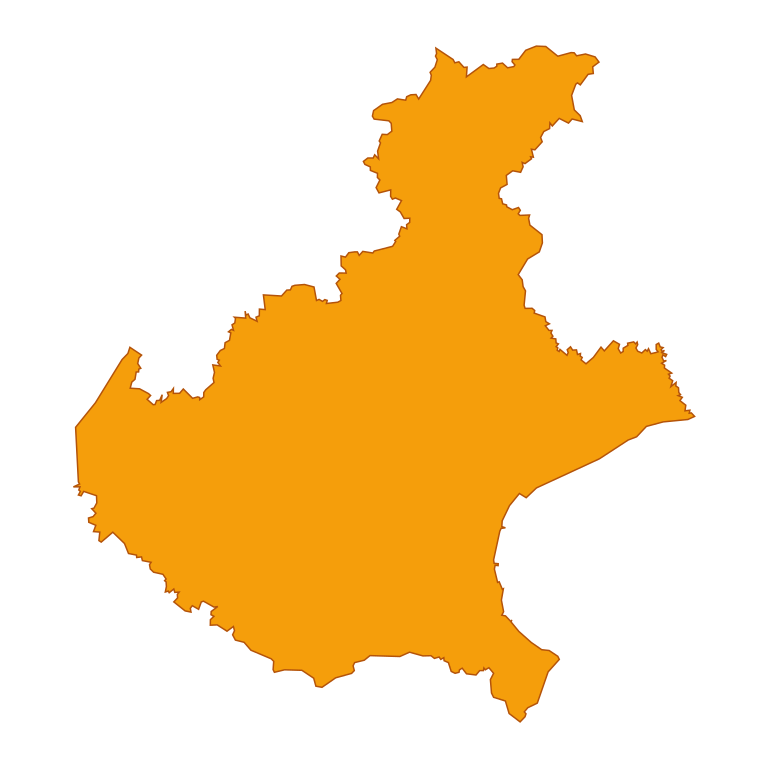 outline of Veneto, Treviso, Italy
{"feature_id": "23120603B96721879872173", "entity_name": "Veneto", "entity_type": "district", "adm_level": 2, "iso_a3": "ITA", "parent_name": "Italy", "parent_adm1": "Treviso", "projection": "orthographic", "projection_center": [12.018, 45.736], "detail": "fine", "context": "isolated", "style": "filled", "palette": "amber", "viewbox_px": 768, "rotation_deg": 0, "n_neighbors": 0, "source": "geoboundaries", "source_scale": "gbopen_adm2", "svg_char_len": 6061}
<svg xmlns="http://www.w3.org/2000/svg" viewBox="0 0 768 768"><path d="M273.7,661.3L273.1,669.6L274.4,672.3L284.6,669.8L301.9,670.3L313.7,678.2L315.9,686.2L322.0,687.3L335.7,677.8L351.6,673.4L354.3,670.6L353.1,665.8L354.6,662.6L364.3,660.2L370.0,655.6L399.9,656.5L409.5,652.2L422.9,655.9L431.0,655.7L434.4,658.4L439.1,657.0L440.8,659.4L443.8,657.7L444.1,660.7L448.4,662.6L451.2,671.4L455.1,673.3L459.0,672.3L459.5,669.8L462.2,668.2L466.5,673.8L476.0,675.0L479.7,670.6L483.4,670.6L483.9,668.0L485.3,669.8L488.9,667.7L493.6,673.3L490.4,679.6L491.5,693.0L493.6,697.3L505.4,701.0L509.1,713.5L520.1,721.9L525.0,716.8L526.0,713.8L524.3,711.9L527.8,707.7L537.3,703.1L548.1,671.9L559.3,659.4L557.8,656.3L549.1,650.5L541.7,649.7L531.3,642.5L518.9,631.5L511.1,622.0L511.8,619.8L511.1,621.8L505.5,615.9L501.8,615.2L503.6,611.7L501.4,600.1L503.4,588.7L502.3,589.2L499.2,581.8L497.6,582.4L494.4,569.1L495.1,565.3L498.1,565.6L498.2,563.7L494.1,563.3L493.6,559.9L499.8,531.2L501.1,528.4L505.4,527.8L501.8,526.6L502.2,520.8L509.5,505.6L519.4,493.5L526.2,497.7L536.5,487.9L599.4,458.8L628.2,440.0L636.6,436.8L646.4,426.4L663.2,421.9L687.9,419.5L694.6,416.4L691.3,412.9L689.2,413.2L689.9,410.2L685.0,410.8L685.8,405.2L679.9,400.6L682.3,397.3L678.1,395.6L680.5,394.6L678.8,392.5L678.5,387.8L675.8,385.9L676.1,382.5L670.9,386.6L672.7,380.7L669.1,378.2L670.1,376.1L668.5,374.2L671.7,373.1L664.4,368.0L664.6,365.2L661.6,363.2L666.4,360.5L663.7,361.0L662.0,357.4L662.9,354.9L665.6,356.6L666.7,354.4L661.8,352.6L664.5,350.4L662.0,351.4L661.1,349.6L663.1,347.6L660.2,346.9L658.7,343.1L656.2,344.5L656.2,349.4L658.1,351.8L655.6,352.6L650.8,353.7L648.5,348.7L647.2,351.2L645.4,349.6L641.8,353.0L637.7,351.2L635.9,348.0L637.7,344.6L637.1,342.1L635.7,343.9L633.7,341.9L627.6,343.2L627.9,345.4L623.2,348.2L623.2,351.5L620.7,353.0L618.2,348.7L619.5,344.3L613.4,340.8L604.3,350.9L601.0,347.1L593.4,357.4L586.0,363.8L581.1,359.9L582.2,357.4L580.3,356.2L580.5,353.5L577.5,354.5L576.5,349.9L572.6,350.1L570.5,346.8L567.2,349.7L568.2,352.6L567.0,355.3L560.0,349.4L559.1,351.5L557.2,350.3L557.8,347.8L556.1,346.7L558.4,343.9L556.1,342.9L555.8,338.9L551.1,338.1L552.9,336.2L550.9,333.0L552.0,330.4L549.0,330.4L545.3,325.8L549.4,323.8L545.8,321.6L545.0,316.9L534.2,313.1L534.7,310.5L532.1,308.3L525.1,308.4L524.1,305.2L525.5,290.9L523.1,286.6L522.2,279.8L518.2,274.6L527.6,259.0L539.3,251.9L542.4,242.9L542.0,234.7L529.9,225.1L528.6,218.3L529.6,215.0L519.9,215.4L518.2,213.8L520.3,210.3L518.5,207.5L512.3,209.7L506.8,206.8L506.5,204.9L502.7,203.8L501.5,198.8L499.2,198.3L498.5,193.3L500.6,187.9L507.1,184.4L506.3,175.4L512.7,170.8L520.6,172.3L523.1,166.8L522.2,162.4L525.0,163.6L531.5,158.8L530.6,156.8L533.4,157.2L531.4,149.2L534.9,149.8L542.2,141.8L540.6,137.5L543.8,131.5L549.6,128.6L549.9,122.9L552.3,126.0L559.2,118.4L568.5,123.1L572.1,119.0L582.3,121.6L580.2,115.7L574.3,109.9L571.6,95.4L575.8,84.2L577.5,82.9L580.3,84.9L588.1,74.3L593.3,73.5L592.7,66.8L599.0,62.1L595.1,56.9L585.5,54.0L576.6,55.8L574.2,52.8L571.1,52.6L557.8,56.2L545.8,46.5L536.3,46.1L525.7,50.3L518.8,59.3L512.4,59.4L512.1,61.7L514.9,65.0L513.8,66.6L507.6,67.8L502.5,63.1L496.8,64.1L496.8,66.2L494.2,68.0L488.9,68.5L483.3,64.5L466.4,76.9L467.1,67.1L463.9,67.4L458.9,61.8L454.8,62.8L453.1,59.5L435.9,48.1L436.6,53.6L435.5,56.1L437.3,59.7L434.9,67.2L430.1,72.3L431.3,75.2L430.6,80.4L418.7,99.0L416.0,94.5L410.8,94.8L406.7,96.7L405.7,100.2L397.4,98.9L391.9,102.5L382.5,104.3L373.6,110.6L372.4,116.1L374.1,119.1L388.8,120.8L391.2,123.3L391.8,131.2L387.3,134.6L382.2,134.3L379.2,141.0L380.5,142.9L377.6,151.1L378.6,158.8L374.7,154.8L373.2,158.0L367.8,158.0L363.4,161.4L364.9,164.4L370.3,166.9L370.4,170.4L377.5,173.3L377.4,177.5L379.9,180.0L376.1,187.6L379.0,192.9L390.7,189.9L390.6,196.3L392.4,199.2L395.4,198.0L401.5,200.6L396.7,209.3L400.3,211.9L404.1,218.5L409.8,218.2L409.7,222.4L406.6,224.7L406.9,228.8L401.4,226.7L398.8,234.1L399.7,236.2L394.8,240.4L395.7,241.5L392.6,246.3L374.3,251.0L372.8,253.0L362.8,251.4L359.2,255.4L357.4,251.9L354.5,251.9L348.8,252.7L345.5,257.1L341.0,256.0L341.2,265.9L345.5,269.8L346.2,273.1L339.3,273.0L336.3,276.0L340.0,279.3L336.2,283.4L342.0,293.5L340.5,295.3L340.9,300.5L337.8,302.2L326.4,303.5L327.2,300.4L324.8,299.6L322.5,301.4L319.1,299.4L316.5,300.5L314.0,287.0L304.5,284.5L294.9,285.3L292.0,286.3L290.4,289.9L286.8,290.1L281.5,296.0L263.4,294.9L265.2,309.6L259.4,309.1L259.3,315.8L256.0,317.2L257.1,321.3L249.9,317.8L248.1,314.0L246.0,315.1L245.1,311.1L245.7,318.1L234.4,317.2L235.5,318.3L234.8,323.0L232.0,324.8L233.5,330.3L231.4,329.4L228.5,331.8L230.8,332.8L229.5,340.3L225.1,342.7L224.4,348.5L220.3,350.5L216.7,355.3L217.1,359.3L219.3,360.2L217.8,362.4L220.5,366.0L212.8,364.9L214.5,372.4L213.1,378.3L214.0,382.5L205.7,389.8L203.8,392.5L203.7,396.9L199.7,399.7L199.7,397.5L197.7,396.9L192.6,398.3L183.3,389.0L179.6,393.3L173.3,393.4L173.4,388.5L171.1,391.7L167.4,392.4L168.6,395.7L166.6,398.6L161.1,402.4L162.2,394.7L159.7,400.3L156.6,400.6L155.1,404.5L153.2,404.7L147.1,399.3L150.6,395.5L148.5,393.6L139.6,388.8L130.2,388.2L131.8,382.1L135.0,379.3L136.2,372.0L138.6,371.9L138.8,369.1L140.8,368.3L137.7,363.5L138.9,358.0L141.6,355.1L129.9,347.3L127.9,353.5L122.1,359.5L95.4,402.8L75.6,427.3L78.4,481.9L79.6,484.0L73.4,486.9L80.0,486.8L78.8,490.0L80.4,491.4L78.4,495.0L81.1,495.8L83.7,491.4L96.5,495.7L96.8,502.9L94.0,508.1L91.7,508.7L95.9,513.2L93.1,516.6L88.5,518.0L88.8,522.3L95.8,525.3L93.5,531.6L99.8,532.1L98.9,540.6L101.2,542.1L112.8,532.2L124.5,543.5L128.5,553.5L136.5,555.1L136.7,557.5L141.5,556.9L142.4,560.6L151.1,562.3L149.5,564.7L150.3,569.0L153.6,572.2L162.9,574.3L166.1,579.0L164.6,580.7L166.1,581.9L166.4,586.5L165.3,592.0L168.3,591.1L169.2,592.7L173.8,589.0L174.8,592.4L179.1,592.1L177.3,594.5L177.6,597.9L173.8,601.9L185.1,610.9L191.0,612.1L190.3,608.3L192.3,605.7L198.6,609.3L201.3,601.9L203.5,601.2L214.0,607.1L217.8,606.5L211.2,611.5L211.0,614.7L213.9,616.3L210.4,619.7L210.3,625.2L217.2,624.9L227.0,631.2L233.4,626.5L234.5,630.7L232.6,634.8L235.4,640.1L244.1,642.3L250.9,650.2L271.2,658.8L273.7,661.3Z" fill="#f59e0b" stroke="#b45309" stroke-width="1.5"/></svg>